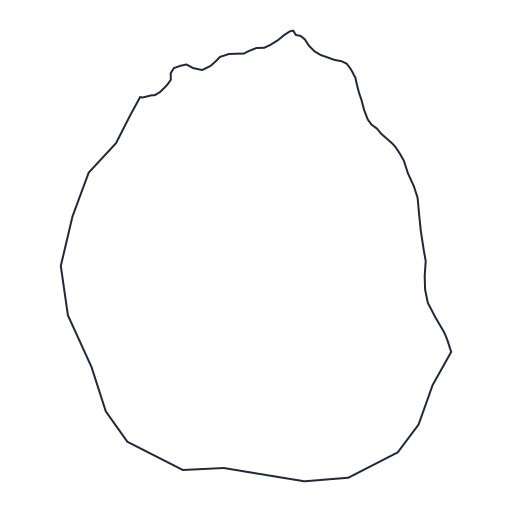 outline of Mota, Vanuatu
{"feature_id": "77236927B83033077011178", "entity_name": "Mota", "entity_type": "district", "adm_level": 2, "iso_a3": "VUT", "parent_name": "Vanuatu", "parent_adm1": "", "projection": "equal_earth", "projection_center": [167.698, -13.846], "detail": "fine", "context": "isolated", "style": "outline", "palette": "slate", "viewbox_px": 512, "rotation_deg": 0, "n_neighbors": 0, "source": "geoboundaries", "source_scale": "gbopen_adm2", "svg_char_len": 1178}
<svg xmlns="http://www.w3.org/2000/svg" viewBox="0 0 512 512"><path d="M116.0,143.2L88.7,172.6L72.5,216.4L60.8,265.9L67.9,315.3L91.5,367.0L105.8,411.4L127.4,441.8L182.8,470.0L223.6,468.0L255.7,473.3L304.3,481.3L348.4,477.7L397.8,452.3L418.6,424.5L432.6,385.1L451.2,351.9L450.7,350.5L447.3,339.8L444.3,332.6L435.4,317.4L427.8,302.8L425.1,289.5L424.7,276.2L425.7,261.0L423.6,249.2L422.3,240.7L420.7,230.1L419.0,213.3L417.6,197.8L413.9,186.4L407.8,173.0L403.9,160.8L399.9,153.7L395.6,147.2L392.5,143.7L386.7,138.6L381.0,133.6L377.1,128.7L371.6,124.7L367.8,119.5L364.2,110.3L361.4,99.7L359.2,93.4L357.4,86.7L356.0,80.6L355.2,77.1L354.0,75.4L352.8,72.7L350.4,68.6L346.7,63.7L341.5,61.2L334.5,59.9L326.4,57.0L320.6,55.0L314.6,51.4L309.0,45.8L306.2,41.6L305.0,39.5L300.7,36.0L295.8,34.9L293.2,30.7L290.0,31.3L284.5,34.8L277.9,40.2L270.0,45.1L264.2,47.8L256.4,48.0L248.6,51.1L243.9,53.6L237.3,53.7L228.9,54.0L220.0,56.9L215.8,61.2L210.6,65.9L202.2,70.0L193.1,68.1L186.5,64.5L180.7,65.7L173.9,68.1L170.7,73.2L170.8,79.8L167.6,84.3L164.5,87.7L163.3,88.8L160.2,91.9L154.8,95.2L151.6,95.3L142.7,97.5L140.1,97.1L130.1,115.5L116.0,143.2Z" fill="none" stroke="#1e293b" stroke-width="2"/></svg>